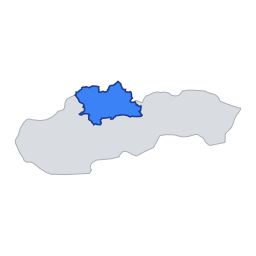 where Žilinský sits in Slovakia
{"feature_id": "SVK-1053", "entity_name": "Žilinský", "entity_type": "Region", "adm_level": 1, "iso_a3": "SVK", "parent_name": "Slovakia", "parent_adm1": "", "projection": "natural_earth1", "projection_center": [19.144, 49.173], "detail": "fine", "context": "in_parent", "style": "filled", "palette": "blue", "viewbox_px": 256, "rotation_deg": 0, "n_neighbors": 0, "source": "natural_earth", "source_scale": "10m", "svg_char_len": 5555}
<svg xmlns="http://www.w3.org/2000/svg" viewBox="0 0 256 256"><path d="M240.6,108.2L240.1,110.3L238.5,112.7L236.5,115.2L234.9,118.2L232.7,124.7L231.3,127.7L225.3,133.7L225.0,142.0L224.2,142.6L210.5,145.4L208.7,144.9L206.8,143.3L205.7,142.2L205.1,141.3L203.9,139.0L202.3,137.4L200.0,136.1L197.8,134.5L195.1,134.5L187.7,136.6L182.6,136.9L179.1,136.2L174.6,134.9L165.7,134.6L159.6,135.8L159.0,137.4L153.5,147.5L145.3,151.3L138.2,155.1L136.2,155.9L132.6,154.7L128.6,152.4L125.3,151.2L122.8,151.7L120.2,154.3L119.0,156.9L110.9,158.8L96.9,160.0L92.1,162.5L90.4,165.6L90.3,168.0L91.5,170.0L90.0,172.4L89.3,173.4L79.4,173.9L66.2,174.6L58.3,174.4L50.9,174.2L45.9,172.2L39.7,168.3L33.3,163.0L32.6,162.9L31.7,162.3L27.6,161.9L26.5,162.2L24.1,160.5L23.4,158.3L19.6,152.5L15.4,142.9L15.4,140.1L17.1,137.0L18.6,134.6L18.9,132.7L19.0,132.2L20.4,128.2L23.5,122.9L26.4,119.9L28.5,118.9L32.8,119.8L40.2,120.6L45.8,119.8L51.1,117.5L54.0,115.5L56.5,113.3L57.3,111.9L58.4,111.2L62.8,110.0L64.2,108.5L64.8,105.8L65.1,102.7L66.1,100.5L67.2,98.8L75.3,94.8L76.0,93.4L77.3,92.1L79.7,90.6L82.0,88.4L84.5,87.0L87.6,87.2L90.5,86.9L92.8,86.1L93.8,86.0L98.0,86.7L98.7,89.2L99.2,91.8L106.3,91.6L110.3,86.0L112.4,85.3L115.7,83.4L117.9,81.6L119.4,82.7L121.5,86.3L123.9,89.2L125.2,90.4L125.3,91.3L126.7,91.8L129.3,92.1L131.0,93.0L131.5,95.7L131.6,98.2L130.8,99.9L130.4,101.5L132.2,102.1L134.8,101.5L136.7,100.6L142.3,102.7L144.2,98.1L146.5,95.8L149.3,94.8L151.9,93.4L154.3,92.4L156.0,92.4L156.7,92.0L158.7,92.1L161.1,92.6L164.3,92.0L168.8,93.1L171.6,95.2L174.3,95.9L177.5,95.8L179.6,94.7L182.7,90.7L184.9,90.8L188.4,90.1L193.4,90.2L204.8,91.0L207.7,92.5L214.8,94.5L217.9,96.7L219.3,99.4L220.0,101.2L227.3,104.1L238.0,107.7L240.6,108.2Z" fill="#d9dde1" stroke="#a8b0b8" stroke-width="1"/><path d="M117.9,81.4L118.1,81.5L118.5,81.6L119.1,82.6L119.4,82.9L120.4,83.4L120.9,84.4L121.6,86.9L122.2,88.5L122.4,88.9L123.1,89.3L123.9,89.5L125.5,89.5L125.3,89.9L125.3,90.1L125.3,90.9L125.2,91.5L127.5,92.2L128.3,92.2L129.1,92.2L130.5,91.7L130.8,92.0L131.2,92.9L131.4,93.8L131.6,96.2L131.6,96.4L131.3,96.8L131.3,97.0L131.9,97.5L132.0,97.6L132.3,97.9L132.4,98.1L132.3,98.4L132.1,98.5L131.8,98.6L131.7,98.7L130.2,100.8L130.0,101.4L130.5,102.0L131.5,102.3L133.4,102.4L134.2,102.2L134.8,101.7L134.8,101.8L135.7,103.0L135.9,103.4L136.0,103.9L136.0,104.5L136.1,104.9L136.3,105.1L136.5,105.2L136.9,104.9L137.2,104.8L137.4,104.9L137.6,105.1L137.8,105.3L138.1,105.8L138.2,106.0L138.4,106.1L138.5,106.0L138.6,105.9L138.7,106.0L138.8,106.2L138.9,106.3L139.1,106.4L140.0,106.3L140.5,106.1L141.0,106.0L141.1,106.6L140.9,108.1L140.8,108.7L140.8,109.1L140.6,109.8L140.6,110.4L140.5,110.8L140.4,110.9L140.1,110.9L139.7,111.1L139.4,111.1L139.2,111.1L139.0,111.4L140.4,112.9L140.6,113.1L140.8,113.3L141.0,113.6L141.0,114.0L141.2,114.5L141.3,114.7L141.3,114.8L141.5,114.9L141.7,115.0L142.1,115.1L142.1,115.4L141.7,115.8L141.3,116.1L139.9,116.6L139.4,116.2L139.2,116.2L138.3,116.5L137.8,116.5L137.7,116.6L133.9,116.5L132.8,116.2L132.4,116.2L130.6,116.7L130.2,116.9L129.9,116.9L129.7,116.7L129.4,116.5L129.3,116.4L128.9,116.3L128.7,116.3L128.5,116.1L128.2,115.9L125.7,115.1L122.7,114.8L116.0,115.7L114.7,117.1L113.8,117.5L113.4,118.0L113.3,118.5L113.2,118.7L112.9,118.9L112.7,118.9L111.1,119.1L110.9,119.1L111.0,118.9L111.3,118.8L111.3,118.6L111.2,118.1L111.1,117.9L110.9,117.7L110.7,117.4L110.4,117.4L103.8,118.2L101.9,118.1L101.5,119.0L101.4,119.1L101.2,119.3L100.5,119.5L100.4,119.7L100.4,119.8L100.7,120.5L100.7,120.8L100.7,121.0L100.4,121.3L100.4,121.7L100.6,122.0L101.1,122.4L101.2,122.5L101.2,122.9L101.1,123.5L101.0,123.8L100.4,124.7L97.0,124.5L96.4,124.3L96.3,124.1L96.2,124.1L96.1,123.9L96.0,123.7L95.9,123.7L95.5,123.8L93.8,124.8L93.6,124.3L93.5,124.1L92.2,122.7L91.9,122.4L91.8,122.1L91.7,121.8L91.6,121.6L91.8,121.4L91.7,121.3L91.6,121.2L91.4,121.1L90.8,120.6L90.6,120.6L90.4,120.5L90.3,120.4L90.1,120.4L89.9,120.3L89.0,119.6L88.8,119.4L88.7,119.2L88.8,118.6L88.8,118.4L88.7,118.2L88.7,117.9L88.9,117.6L88.9,117.4L88.9,117.1L88.6,116.3L88.6,116.1L88.8,115.9L88.9,115.7L89.0,115.5L89.1,115.4L89.3,115.2L89.5,115.0L88.7,114.2L88.4,114.0L87.6,113.9L85.9,113.6L84.7,113.9L84.3,113.9L84.2,113.8L84.0,113.4L83.9,113.3L83.2,113.8L83.2,114.0L82.7,114.4L81.7,114.9L81.4,115.0L81.2,114.9L80.7,114.8L80.0,114.7L79.6,114.5L79.4,114.1L80.6,113.5L80.7,113.4L81.0,113.2L81.3,112.6L81.6,112.4L81.8,112.3L83.0,112.0L83.4,111.8L83.8,111.3L84.4,110.7L84.6,110.3L84.6,110.1L84.5,109.4L84.6,109.2L84.7,108.9L84.6,108.7L84.7,108.4L84.6,108.2L84.4,108.0L84.3,107.9L84.2,107.7L83.9,107.5L83.8,107.4L83.3,107.3L83.1,107.3L83.0,107.2L84.2,106.0L83.7,105.4L83.6,105.1L83.7,104.9L83.6,104.5L83.5,104.3L83.2,103.9L82.3,103.4L82.1,103.3L81.9,103.3L81.7,103.2L81.3,102.8L81.1,102.7L80.9,102.7L79.9,102.2L79.7,102.0L79.4,101.7L79.0,101.0L78.9,100.9L78.9,100.7L78.6,100.3L78.6,100.2L78.7,99.9L78.6,99.6L76.1,96.2L76.0,95.6L75.3,95.4L75.1,95.1L76.1,94.5L76.2,92.7L76.2,92.1L77.3,92.4L78.2,91.9L79.9,90.2L81.2,89.6L81.5,89.3L81.7,88.8L81.8,87.9L82.0,87.5L82.9,87.1L84.6,87.3L85.7,86.8L86.0,86.7L86.3,86.8L87.6,87.3L88.7,87.6L89.8,87.6L91.5,86.3L92.2,86.1L93.8,86.1L97.7,86.4L98.9,86.9L98.5,87.8L98.6,88.5L98.8,89.2L98.9,89.9L98.7,91.6L98.9,92.2L99.7,92.3L100.7,92.2L102.2,91.5L103.1,91.3L103.4,91.4L104.2,91.9L104.6,92.1L105.0,92.1L106.0,91.9L107.2,91.5L107.5,91.1L107.6,90.5L107.9,89.5L108.0,89.5L108.5,89.5L108.7,89.3L108.8,89.0L108.7,88.8L108.6,88.6L109.1,86.9L109.7,86.2L110.2,85.7L110.9,85.5L111.6,85.4L112.9,85.4L113.3,85.3L113.8,85.1L114.1,84.9L117.6,81.8L117.7,81.5L117.9,81.4Z" fill="#3b82f6" stroke="#1e3a8a" stroke-width="1.5"/></svg>